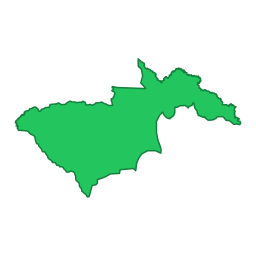 the district of Isidoro Noblía, Cerro Largo, Uruguay
{"feature_id": "84410073B42305174604514", "entity_name": "Isidoro Noblía", "entity_type": "district", "adm_level": 2, "iso_a3": "URY", "parent_name": "Uruguay", "parent_adm1": "Cerro Largo", "projection": "albers", "projection_center": [-54.072, -32.059], "detail": "fine", "context": "isolated", "style": "filled", "palette": "green", "viewbox_px": 256, "rotation_deg": 0, "n_neighbors": 0, "source": "geoboundaries", "source_scale": "gbopen_adm2", "svg_char_len": 5760}
<svg xmlns="http://www.w3.org/2000/svg" viewBox="0 0 256 256"><path d="M239.7,124.6L240.0,124.0L240.6,123.4L240.4,122.1L239.9,121.3L239.4,121.1L237.9,121.1L237.6,120.7L237.6,120.2L238.4,119.1L239.2,119.0L239.1,118.7L236.5,117.3L235.4,117.3L235.2,117.8L234.7,117.5L234.7,117.1L235.1,116.3L234.9,115.2L234.3,114.5L234.7,113.9L234.6,112.8L235.1,111.6L235.0,111.1L234.8,110.8L234.4,110.8L234.2,110.4L234.5,108.7L235.0,107.8L235.8,106.9L235.6,106.8L234.7,106.4L234.5,106.5L234.0,105.9L233.6,105.8L233.3,105.3L232.3,105.5L232.4,104.7L232.0,104.7L231.9,105.1L231.4,105.1L231.0,104.6L231.3,104.1L231.2,103.9L230.5,104.0L229.8,104.8L229.1,104.9L229.0,105.5L229.3,105.7L228.7,106.2L226.5,104.7L222.7,104.9L222.4,104.7L222.2,103.9L222.6,102.5L221.9,101.4L221.4,101.4L221.0,101.0L220.9,99.8L221.1,99.6L220.4,99.0L220.5,98.6L220.2,98.4L219.2,98.8L218.3,97.7L217.9,97.7L217.7,97.5L217.4,97.0L217.3,96.4L216.7,96.0L217.0,95.7L216.9,95.2L216.5,94.9L215.9,93.9L214.9,94.0L214.6,93.3L213.0,92.9L211.9,93.1L211.9,92.5L211.4,92.6L210.6,93.0L210.1,93.0L209.7,92.6L209.9,92.3L209.9,92.1L208.7,91.3L208.0,91.0L207.0,91.4L206.3,90.4L205.0,89.7L204.4,89.8L204.0,90.5L203.4,90.4L203.2,90.7L202.1,89.9L201.1,90.1L200.8,88.8L200.2,88.3L199.4,88.1L198.8,85.6L197.4,84.3L197.5,83.3L197.9,82.6L198.3,82.7L198.6,83.3L199.1,83.3L199.3,82.9L199.0,82.6L199.3,82.4L199.3,82.0L200.1,81.9L200.2,81.3L199.8,81.1L199.9,80.8L200.3,80.8L200.6,81.2L200.8,81.0L200.4,78.2L199.9,77.7L198.6,78.0L198.4,77.5L199.1,77.2L198.3,76.2L197.9,76.7L196.3,76.2L195.7,76.5L194.8,75.6L194.6,75.9L194.2,75.9L193.8,76.2L193.5,76.1L193.4,75.8L193.0,76.0L192.7,75.8L192.1,76.2L191.3,75.6L191.3,75.1L190.7,75.4L189.6,74.8L188.9,75.4L188.4,74.7L188.1,75.2L187.6,75.1L186.8,74.3L186.8,72.7L184.1,72.8L183.7,72.1L184.7,72.4L185.1,71.6L184.7,71.2L183.6,71.5L183.2,71.2L184.1,70.6L184.0,70.3L183.7,70.1L183.3,70.4L182.2,70.1L181.6,70.3L181.6,69.1L180.7,68.6L180.1,69.1L178.9,69.3L179.2,68.3L178.7,68.1L178.4,68.2L178.4,68.6L178.2,68.8L176.3,68.6L176.3,69.1L175.7,69.4L175.8,69.9L175.6,70.1L175.1,70.4L174.8,71.1L173.9,71.0L173.7,71.8L173.1,71.6L172.8,71.2L172.1,71.7L171.9,72.0L171.9,72.6L171.2,73.1L171.5,73.8L171.1,74.2L171.1,74.9L170.6,74.6L170.3,75.1L169.8,75.2L169.7,75.7L169.4,75.5L169.3,76.7L168.2,77.6L168.0,78.2L167.1,78.0L166.3,77.1L166.4,76.7L165.8,76.7L163.7,78.7L163.7,79.3L164.1,79.6L164.1,80.2L163.6,80.5L161.6,81.1L161.4,81.7L161.8,81.9L161.9,82.6L161.1,82.7L160.4,80.9L159.4,81.2L159.1,80.7L158.3,80.1L157.8,80.2L157.3,79.7L157.3,79.3L157.7,78.9L157.7,78.7L156.8,78.2L156.6,77.4L155.4,76.3L156.1,74.3L155.4,74.0L155.1,74.2L155.1,73.3L154.6,72.7L152.9,72.3L152.7,71.4L152.3,71.4L152.0,71.0L151.2,71.0L150.2,70.1L150.1,69.7L149.3,69.5L149.0,69.2L148.5,69.1L147.5,68.3L147.1,68.4L147.2,68.9L146.9,69.1L146.4,68.6L145.1,67.9L144.3,66.5L144.3,65.9L144.0,65.5L144.1,65.1L144.4,65.0L144.5,64.6L144.2,63.5L143.8,63.1L143.0,62.9L142.6,62.3L141.8,62.0L141.0,62.0L140.5,60.9L138.3,59.1L138.1,61.9L138.4,66.5L141.3,69.1L142.7,75.8L140.8,82.9L145.7,88.2L145.6,88.6L116.6,87.5L114.1,86.8L112.7,86.6L112.3,86.8L112.2,87.7L113.3,88.3L113.6,89.3L113.2,89.7L112.0,90.4L112.3,91.1L114.1,91.9L114.8,92.7L114.7,94.5L114.1,95.0L114.1,96.5L113.3,97.0L113.2,98.2L112.7,98.6L111.5,98.7L111.2,99.1L111.4,101.1L112.0,102.3L112.5,105.4L109.6,105.5L107.5,105.0L106.1,104.1L103.3,103.1L102.3,102.2L100.0,102.4L98.9,102.8L95.9,102.9L95.0,103.9L92.6,105.3L90.3,104.4L88.1,104.9L86.9,105.0L85.7,104.6L85.5,102.8L84.9,102.2L83.7,101.8L83.1,101.3L82.2,101.5L81.8,102.3L78.3,102.3L76.6,102.7L75.2,102.0L72.0,102.0L70.4,101.2L69.5,101.3L66.1,103.4L65.6,104.4L61.2,104.6L59.2,103.2L58.0,103.0L57.0,103.8L50.7,104.4L49.7,105.2L49.5,107.2L45.4,107.6L43.1,109.1L41.3,109.3L40.8,111.0L39.7,111.3L39.0,111.2L38.4,110.3L38.0,109.2L36.7,107.9L35.4,107.0L34.0,107.2L31.5,108.6L29.9,108.7L28.6,110.6L25.9,111.0L24.4,112.1L25.0,112.5L24.7,113.3L24.1,113.5L24.4,114.2L24.1,114.9L23.3,114.7L22.9,114.9L22.9,115.4L22.5,115.4L22.2,114.6L21.7,114.9L21.8,115.4L20.7,116.1L20.7,117.0L19.7,117.3L19.1,117.8L19.0,118.4L18.5,118.2L18.0,118.6L18.0,119.6L16.8,120.0L15.7,121.3L15.4,122.6L15.7,122.9L16.1,122.5L16.6,122.8L16.9,124.6L16.3,125.2L16.3,125.9L17.5,125.7L18.1,126.3L17.6,126.7L17.7,127.5L17.4,127.5L17.4,128.3L17.9,128.4L18.0,129.2L18.4,130.3L24.5,130.6L28.2,131.3L29.4,133.1L31.0,134.3L33.8,135.5L34.9,137.2L35.5,140.3L36.4,143.2L36.9,143.7L38.4,144.2L38.8,145.9L41.6,149.3L42.1,151.1L43.1,151.9L44.8,151.8L46.5,154.9L47.5,155.8L47.8,157.6L49.3,159.3L51.0,160.1L51.8,161.0L52.3,162.4L55.2,162.7L55.8,163.2L56.7,165.2L57.4,165.4L58.8,165.3L59.4,166.1L59.6,166.7L62.4,166.9L63.2,167.5L63.8,168.9L65.0,169.8L66.6,172.0L68.8,172.1L70.4,171.3L71.5,171.1L73.6,172.0L74.6,173.0L75.0,174.8L75.7,176.2L75.7,178.8L76.0,180.1L79.1,183.1L79.6,186.6L81.4,188.6L81.8,191.1L86.3,194.9L87.3,196.9L89.1,196.6L92.1,185.5L96.0,184.7L97.4,183.1L97.4,179.6L100.9,178.5L105.5,176.7L110.5,173.9L119.4,173.4L120.2,169.7L133.2,168.5L135.6,170.5L135.8,170.1L136.6,163.3L138.5,158.6L141.6,154.0L147.6,150.7L155.8,150.7L159.9,152.8L160.8,153.0L161.1,150.2L160.5,147.1L158.0,140.4L156.5,132.8L156.4,121.4L159.5,115.4L162.3,112.3L162.8,112.4L163.6,114.3L165.2,116.4L166.5,117.6L168.7,118.5L169.9,118.7L170.1,117.8L171.4,117.5L173.6,115.5L174.8,112.8L174.8,107.9L174.9,107.3L177.7,107.1L179.8,105.8L185.1,105.5L187.0,106.7L188.1,107.9L189.2,106.4L192.0,105.3L192.9,103.0L193.6,103.0L193.9,103.6L194.2,105.7L194.7,106.8L194.9,108.2L197.1,111.1L197.3,113.0L197.9,113.9L198.4,115.5L199.3,115.6L203.3,117.3L204.1,117.3L204.7,116.9L205.1,117.0L205.3,118.1L208.2,120.2L210.2,120.2L213.5,119.7L214.5,119.0L215.9,118.6L216.7,117.2L218.5,116.6L222.8,116.7L223.6,117.2L226.0,120.3L229.2,120.6L230.3,121.3L233.7,124.3L236.9,124.0L239.7,124.6Z" fill="#22c55e" stroke="#15803d" stroke-width="1.5"/></svg>